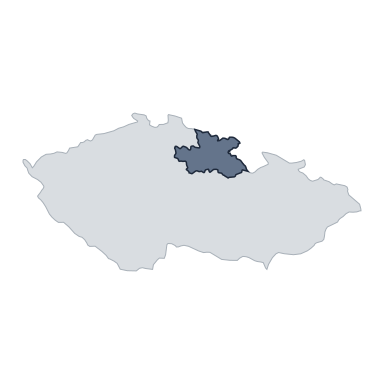 Czechia, with Královéhradecký highlighted
{"feature_id": "CZE-1598", "entity_name": "Královéhradecký", "entity_type": "Region", "adm_level": 1, "iso_a3": "CZE", "parent_name": "Czechia", "parent_adm1": "", "projection": "natural_earth1", "projection_center": [15.778, 50.402], "detail": "fine", "context": "in_parent", "style": "filled", "palette": "slate", "viewbox_px": 384, "rotation_deg": 0, "n_neighbors": 0, "source": "natural_earth", "source_scale": "10m", "svg_char_len": 6337}
<svg xmlns="http://www.w3.org/2000/svg" viewBox="0 0 384 384"><path d="M361.0,210.8L359.7,210.9L356.8,211.9L353.1,212.2L349.1,212.0L346.0,213.7L343.1,216.5L340.1,218.5L338.5,220.2L337.6,222.0L327.4,227.0L326.0,229.1L324.9,232.0L324.5,235.9L323.8,239.4L322.0,241.2L316.5,242.8L315.1,243.7L314.1,245.4L311.0,248.2L307.4,250.8L300.7,253.8L293.5,254.7L284.1,253.7L278.6,252.5L276.0,253.8L272.4,257.7L268.5,264.4L266.9,269.4L265.6,268.0L263.3,262.6L260.8,262.0L257.3,261.5L254.7,260.7L249.0,257.6L246.1,256.7L242.8,256.4L239.6,258.2L237.3,260.4L229.8,260.3L221.6,259.4L209.9,252.3L206.9,252.2L203.6,252.6L198.5,250.9L188.6,246.3L184.0,245.3L181.0,245.9L178.4,246.9L176.4,247.0L175.3,245.6L171.7,243.7L168.0,243.5L166.9,244.6L165.6,254.7L164.3,258.3L159.3,258.1L157.4,259.8L153.4,264.7L152.6,269.4L145.7,268.5L142.4,267.7L139.5,268.3L136.3,270.9L127.3,270.7L120.2,269.2L117.2,263.4L114.0,261.1L109.9,259.0L108.5,258.6L106.2,255.4L102.0,251.5L95.1,246.2L89.7,246.4L87.7,245.0L86.9,243.1L84.7,239.7L82.1,237.3L79.1,236.4L74.7,233.4L68.9,226.9L63.6,222.3L58.4,222.4L55.1,220.1L51.8,217.0L49.4,214.0L45.7,206.7L43.0,202.5L40.8,199.9L38.4,197.8L37.6,196.1L40.6,192.2L41.7,190.3L43.0,188.8L43.8,187.3L43.8,186.1L41.1,182.3L37.5,179.5L32.1,176.7L28.8,173.2L27.6,169.9L27.2,168.2L24.9,165.8L23.0,162.2L23.1,160.1L23.6,159.5L25.3,159.5L27.3,161.0L30.1,163.8L32.3,167.8L33.8,166.3L36.5,161.9L41.3,157.0L46.1,154.3L50.5,154.0L54.0,153.3L57.0,151.9L62.1,152.4L65.8,153.4L67.0,152.8L68.6,150.3L69.6,148.1L77.8,146.8L80.7,142.5L82.3,142.6L84.1,141.9L85.9,140.3L87.6,139.7L88.9,140.5L90.6,141.0L92.4,140.0L95.2,135.1L96.7,134.4L103.9,133.6L113.8,130.8L118.8,128.2L123.7,126.8L129.0,124.4L137.3,122.0L137.7,121.0L133.9,118.6L132.6,117.0L131.7,115.4L133.1,113.7L134.9,113.1L137.3,113.9L144.2,114.9L146.1,115.9L146.8,118.4L148.6,120.7L150.0,121.0L149.5,124.8L151.7,126.2L154.9,127.4L157.1,127.1L158.6,125.6L159.2,124.5L163.5,124.4L167.9,122.8L168.3,120.2L168.0,115.3L168.5,114.6L175.0,116.0L181.6,118.2L182.5,123.0L184.3,125.4L186.4,127.6L188.4,128.5L191.9,128.7L200.8,131.6L205.1,132.1L209.6,134.1L213.3,136.2L216.0,136.6L217.3,138.8L219.0,140.3L221.9,139.2L232.7,137.5L236.6,139.7L239.2,142.0L239.6,142.7L238.2,144.8L237.5,146.4L236.4,147.4L232.7,148.5L230.6,150.3L229.1,152.3L230.1,154.2L233.2,155.6L235.3,156.0L236.1,157.3L243.0,163.5L248.5,171.6L250.6,172.9L252.6,173.2L254.9,172.0L257.6,169.4L260.7,167.5L263.4,166.5L268.1,164.3L268.3,162.8L264.3,157.3L262.0,152.9L262.6,152.1L267.6,152.8L276.2,155.2L289.4,163.1L291.8,163.1L296.4,162.5L301.4,161.2L303.7,159.8L304.6,160.3L305.4,164.7L304.2,167.0L298.2,169.3L298.5,170.5L300.1,172.0L302.8,173.0L306.1,175.8L308.4,179.0L310.4,180.5L312.6,181.2L318.0,179.5L319.5,178.1L320.2,177.2L321.3,177.4L323.2,179.0L323.8,179.9L329.1,181.7L332.2,183.9L334.2,184.9L336.3,183.9L344.8,185.7L347.1,187.1L347.9,189.6L347.5,191.1L348.8,194.9L359.6,204.2L360.8,208.9L361.0,210.8Z" fill="#d9dde1" stroke="#a8b0b8" stroke-width="1"/><path d="M194.8,129.4L200.7,131.1L201.3,131.4L201.9,132.2L202.3,132.5L202.8,132.7L207.0,131.9L208.2,132.0L208.3,132.4L208.5,132.8L211.0,136.3L211.3,136.4L212.7,136.3L215.7,135.4L216.5,135.5L217.2,136.0L217.8,137.0L218.2,137.9L218.5,138.8L218.4,139.6L217.7,140.0L217.6,140.4L217.6,140.6L217.7,140.8L219.8,140.5L222.9,138.1L225.0,138.3L226.6,139.2L227.4,139.5L228.2,139.4L228.8,138.7L229.2,137.9L229.5,137.3L230.2,137.2L232.0,137.2L233.6,137.5L235.1,138.3L239.4,141.9L239.9,143.1L238.3,143.7L238.5,144.1L238.5,144.4L238.3,144.5L238.1,144.9L238.1,145.2L238.0,145.7L238.0,146.1L237.7,146.5L236.7,147.4L236.2,147.9L235.4,148.1L233.8,147.7L233.0,147.9L232.6,148.7L231.8,149.3L231.0,149.7L230.2,150.2L229.9,150.3L229.5,150.5L229.2,150.6L229.4,151.3L229.5,151.5L228.5,151.3L228.1,152.3L228.6,153.4L230.2,153.7L230.9,155.3L231.1,155.7L231.7,156.1L232.1,156.0L232.5,155.8L233.0,155.6L235.3,155.6L235.8,155.8L236.1,156.4L236.2,156.9L236.1,157.5L236.3,158.1L237.2,159.1L239.4,159.7L240.5,160.4L241.2,161.2L242.5,163.1L243.2,163.9L243.9,164.8L245.4,166.1L245.9,167.3L246.5,169.5L247.0,170.3L247.9,171.3L242.6,169.9L242.3,170.0L242.1,170.2L242.0,170.5L241.9,170.9L241.8,171.8L241.7,172.1L241.4,172.5L236.2,174.5L235.9,174.7L235.7,175.0L235.5,175.8L235.3,176.1L235.0,176.4L234.8,176.6L234.1,176.9L229.6,177.3L228.8,177.5L228.1,178.0L226.1,176.6L225.6,176.5L225.3,176.4L224.5,175.5L224.3,175.4L223.9,175.3L223.3,175.1L222.7,174.6L222.2,174.0L221.9,173.4L221.6,173.2L218.7,172.7L218.3,172.5L218.1,172.1L218.0,171.7L217.9,170.4L217.9,170.1L217.7,169.8L217.5,169.7L216.1,169.3L214.0,169.4L213.5,169.5L210.3,172.1L210.1,172.2L209.8,172.2L209.6,172.0L209.4,171.8L209.1,171.1L208.6,169.5L208.4,169.3L208.2,169.2L205.7,169.8L205.4,170.1L205.1,170.5L204.5,172.2L204.2,172.5L203.9,172.6L203.5,172.5L201.5,171.3L201.2,171.3L199.7,171.6L199.0,171.6L197.0,170.8L196.2,170.9L195.3,171.3L192.2,173.6L191.8,173.7L189.1,172.8L189.2,172.6L189.2,172.4L189.0,172.0L188.3,171.2L187.9,170.7L187.5,170.4L186.7,169.9L186.4,169.6L186.4,169.2L186.5,169.0L187.3,168.4L187.5,168.1L187.7,167.8L187.7,167.7L187.6,167.3L186.8,165.5L186.6,164.8L186.5,164.3L186.5,163.4L186.3,162.3L186.2,162.0L185.9,161.6L185.5,161.3L185.2,161.2L184.8,161.2L182.8,161.4L181.4,161.1L181.0,161.1L180.0,161.2L179.7,161.3L179.3,161.2L179.0,161.1L178.8,160.9L178.6,160.6L178.5,159.8L178.3,159.3L177.8,158.8L177.5,158.5L177.2,158.3L174.8,157.5L174.6,157.4L174.5,157.2L174.5,156.7L174.5,155.8L174.7,155.3L174.8,155.0L175.3,154.5L175.7,153.8L175.9,153.5L175.9,153.0L175.9,152.3L175.4,149.8L175.3,149.5L175.2,149.2L174.8,148.7L174.7,148.3L174.7,147.8L174.9,147.5L175.0,147.4L175.1,147.2L175.3,147.0L175.3,146.8L175.2,146.5L175.3,146.4L175.5,146.4L176.0,146.3L176.8,146.5L179.5,148.4L179.8,148.6L180.2,148.6L180.5,148.5L182.6,146.5L183.1,146.3L183.6,146.3L185.8,147.1L186.8,147.7L188.3,149.3L189.0,149.8L189.4,149.9L189.8,150.0L190.1,149.9L190.4,149.7L190.6,149.4L190.7,148.9L190.9,146.9L191.0,146.5L191.3,146.3L192.6,146.0L192.9,146.0L193.2,146.0L193.5,146.1L194.5,147.0L195.1,147.3L198.9,147.9L199.3,147.8L199.6,147.7L199.7,147.3L199.8,146.9L199.8,146.5L199.7,146.1L198.0,142.9L197.9,142.7L197.9,142.4L198.3,141.0L198.3,140.7L198.3,140.3L198.2,139.9L198.0,139.5L197.8,139.2L197.2,138.6L197.0,138.1L196.8,137.5L196.8,136.3L196.8,135.7L197.0,135.2L197.1,134.9L197.2,134.5L197.1,134.0L195.5,131.3L194.8,129.4Z" fill="#64748b" stroke="#1e293b" stroke-width="1.5"/></svg>